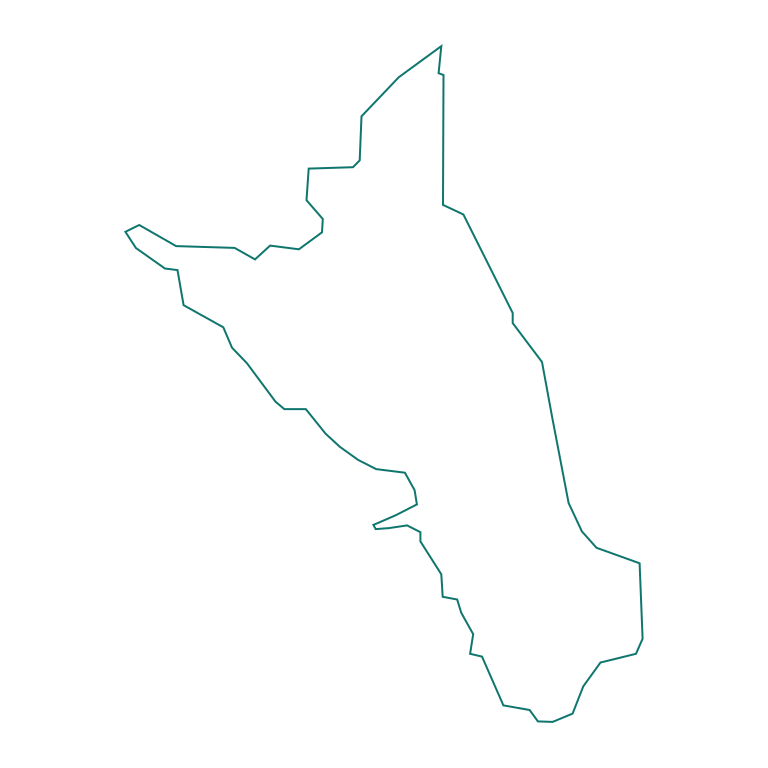 Tillabéri, Tillabéri, Niger (Mercator projection)
{"feature_id": "23599985B45975933186230", "entity_name": "Tillabéri", "entity_type": "district", "adm_level": 2, "iso_a3": "NER", "parent_name": "Niger", "parent_adm1": "Tillabéri", "projection": "mercator", "projection_center": [1.394, 14.379], "detail": "fine", "context": "isolated", "style": "outline", "palette": "teal", "viewbox_px": 768, "rotation_deg": 0, "n_neighbors": 0, "source": "geoboundaries", "source_scale": "gbopen_adm2", "svg_char_len": 951}
<svg xmlns="http://www.w3.org/2000/svg" viewBox="0 0 768 768"><path d="M125.4,231.8L135.9,248.0L164.9,268.5L177.5,270.1L183.6,305.2L223.3,327.3L232.0,347.7L247.0,363.3L275.6,401.8L284.3,409.1L305.8,409.1L325.6,433.7L339.8,446.8L358.1,459.9L376.1,469.1L404.9,472.7L414.6,490.2L416.9,504.4L395.6,515.3L373.4,524.9L375.7,529.1L389.0,528.1L407.1,525.4L420.4,532.2L420.4,541.4L441.3,574.3L442.7,596.8L457.2,599.5L461.2,612.7L473.2,634.2L470.1,653.8L482.0,656.6L503.4,705.4L529.6,710.0L537.9,721.4L552.6,721.9L572.6,713.6L583.3,686.3L600.5,662.5L636.0,653.8L642.6,638.7L639.6,563.3L596.5,547.8L581.9,531.4L568.6,503.0L552.2,417.4L542.0,362.0L512.7,323.1L512.7,313.0L463.4,214.5L443.0,204.9L443.5,75.0L438.6,73.2L441.3,46.1L398.7,77.3L361.5,116.3L359.7,160.4L353.0,167.2L308.7,168.6L306.5,200.2L322.8,219.0L322.0,232.3L298.9,249.3L270.1,245.6L255.0,259.4L234.6,247.9L176.1,246.1L139.2,225.0L125.4,231.8Z" fill="none" stroke="#0f766e" stroke-width="2"/></svg>